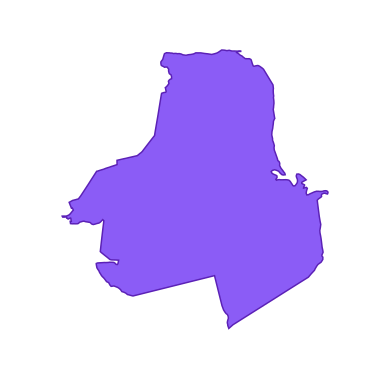 Santa María Xadani, Oaxaca, Mexico (Natural Earth projection), rotated 256°
{"feature_id": "50627088B75217483521688", "entity_name": "Santa María Xadani", "entity_type": "district", "adm_level": 2, "iso_a3": "MEX", "parent_name": "Mexico", "parent_adm1": "Oaxaca", "projection": "natural_earth1", "projection_center": [-95.02, 16.369], "detail": "fine", "context": "isolated", "style": "filled", "palette": "violet", "viewbox_px": 384, "rotation_deg": 256, "n_neighbors": 0, "source": "geoboundaries", "source_scale": "gbopen_adm2", "svg_char_len": 5487}
<svg xmlns="http://www.w3.org/2000/svg" viewBox="0 0 384 384"><g transform="rotate(256 192 192)"><path d="M83.8,287.9L86.4,291.9L87.7,292.9L88.7,293.9L90.3,295.5L91.3,296.8L92.6,300.2L93.7,301.4L94.9,302.6L97.1,303.2L98.1,302.7L99.3,302.7L101.8,304.6L104.0,304.8L107.0,304.9L110.1,305.3L113.3,305.7L116.1,306.0L118.9,306.2L121.3,306.3L123.8,306.7L124.2,306.9L126.6,308.0L129.4,309.1L132.4,309.2L137.6,309.6L153.7,311.5L154.7,313.0L155.2,314.3L155.6,315.5L156.2,316.6L157.3,316.7L158.4,317.2L158.7,318.4L158.9,319.6L158.6,320.9L157.9,321.7L157.3,323.0L158.4,323.8L159.5,323.8L160.5,323.0L161.0,321.7L161.2,320.3L161.1,318.9L161.3,317.5L161.6,316.2L162.1,314.9L162.4,313.6L162.6,313.1L162.5,310.6L162.0,307.8L161.6,305.5L161.2,304.4L161.4,302.7L163.2,302.5L164.3,302.9L165.4,303.4L167.7,304.8L168.8,304.1L168.8,302.9L168.8,301.2L169.9,301.6L170.8,302.6L171.7,302.9L172.5,302.0L173.7,300.6L174.8,300.8L175.2,302.0L176.2,305.7L177.7,304.8L179.4,303.7L181.0,302.4L182.8,301.0L183.7,299.8L184.0,298.0L182.3,297.0L180.7,297.0L179.0,297.3L177.4,297.1L176.0,296.6L174.9,295.7L173.2,293.6L173.2,292.3L173.9,291.4L175.1,291.1L176.6,290.5L178.5,289.9L180.0,288.9L180.5,288.0L181.2,286.2L181.5,284.8L181.8,283.4L182.4,280.9L183.0,279.5L183.1,278.0L183.0,276.8L184.0,276.4L185.1,277.7L185.9,278.2L187.4,278.2L188.2,277.2L189.7,275.2L191.2,274.0L192.7,273.8L193.5,275.3L193.6,277.6L192.4,279.5L191.2,281.1L189.4,281.9L187.8,282.9L187.0,283.5L186.4,284.7L186.2,286.6L187.7,286.6L189.0,286.0L191.3,285.1L193.5,284.1L196.5,283.4L198.7,284.1L200.6,283.8L201.7,282.9L203.8,282.9L205.8,282.7L210.2,282.3L212.7,282.0L215.1,282.3L217.1,283.1L220.1,283.0L222.7,282.7L224.4,283.1L228.1,283.2L231.2,284.2L234.0,285.6L236.1,286.4L238.6,287.4L241.0,288.2L242.2,289.1L243.5,290.2L243.9,290.1L252.4,290.8L254.6,291.7L255.3,291.9L256.7,292.4L258.3,293.0L260.8,293.5L264.0,293.9L265.4,294.5L267.4,294.7L268.7,294.9L271.4,295.5L272.6,296.0L276.3,296.5L293.8,291.1L295.4,290.0L297.7,288.0L298.6,286.9L298.9,286.1L299.0,284.4L299.0,282.7L299.5,281.9L301.9,281.6L303.7,281.5L305.8,281.4L306.6,281.0L307.5,279.8L307.8,278.4L308.5,275.9L310.8,274.1L312.0,273.3L313.0,272.0L314.7,270.8L316.5,269.1L316.9,270.2L317.0,271.2L316.6,273.3L317.0,273.4L317.2,273.0L317.5,271.8L317.7,270.0L318.2,268.4L318.7,266.7L319.2,264.7L320.5,262.4L320.7,260.0L321.6,258.2L322.2,256.5L322.6,255.1L321.9,253.2L321.2,251.3L320.8,249.6L320.7,247.5L320.7,244.4L322.1,241.1L323.5,237.4L324.9,234.1L325.5,231.5L326.1,229.4L325.6,227.0L325.7,224.4L326.1,221.6L326.1,219.3L327.3,216.4L328.5,214.9L329.4,213.1L329.7,211.3L330.3,210.1L330.6,209.0L330.8,207.6L331.6,206.2L331.9,205.0L332.4,204.0L332.8,202.5L333.3,200.9L332.9,198.8L331.7,198.0L329.5,196.7L328.1,195.9L327.5,195.4L327.1,194.9L325.9,193.4L324.8,193.0L323.2,192.8L322.5,192.8L321.6,193.4L320.8,194.5L319.7,195.5L319.6,197.0L319.0,198.3L317.9,198.6L316.9,199.1L315.7,198.7L314.6,198.5L312.4,198.6L311.8,199.0L311.0,199.9L309.1,200.1L306.9,199.6L306.7,198.2L306.1,196.9L305.2,195.9L304.4,195.9L302.8,195.8L302.0,194.9L300.9,193.5L300.1,192.2L299.7,191.3L298.5,191.4L297.3,191.2L296.1,191.4L295.1,190.6L295.3,189.3L295.3,188.2L295.1,186.4L293.9,185.8L288.8,183.6L275.5,177.9L260.7,171.4L255.8,169.3L253.1,165.8L243.9,154.2L243.6,154.0L243.1,153.1L242.5,152.1L242.0,150.8L241.1,149.0L240.5,147.6L240.9,126.9L236.7,125.9L235.8,113.8L235.5,111.9L235.4,109.5L235.3,107.9L235.1,105.1L235.2,104.6L234.8,104.1L228.5,97.4L224.6,93.3L220.9,89.3L215.0,82.9L212.8,80.1L212.7,76.6L212.7,74.5L212.7,74.0L212.4,73.0L212.0,71.5L211.7,70.3L208.4,70.7L208.2,70.7L207.9,70.8L207.2,70.9L206.0,71.0L205.4,71.1L205.4,71.6L205.4,72.0L203.2,72.5L201.6,70.3L200.3,68.6L199.5,67.1L199.3,66.1L199.1,64.9L199.1,63.8L199.8,61.3L200.0,60.2L199.6,60.2L199.4,60.3L198.9,60.5L198.7,61.4L198.5,62.2L198.4,63.0L198.3,64.0L197.0,64.1L197.0,64.3L196.9,64.5L196.7,64.7L196.6,64.8L195.8,65.1L195.7,65.2L195.7,65.4L195.8,65.6L195.9,66.0L196.0,66.5L196.1,66.9L196.1,67.3L196.1,67.7L195.7,67.6L195.6,68.0L193.8,67.9L192.7,67.8L193.0,66.7L191.8,66.6L191.3,66.5L191.1,66.5L190.7,66.5L190.5,67.1L190.1,68.1L189.8,69.6L189.3,71.3L189.0,72.6L188.9,73.6L188.9,73.8L189.1,74.2L189.1,74.4L189.3,74.7L189.5,75.1L189.8,75.6L189.9,76.2L189.9,76.9L189.9,77.7L190.0,78.3L189.9,79.0L189.9,79.7L189.8,80.2L189.1,81.2L188.4,82.8L187.9,84.0L187.5,84.9L187.2,85.5L186.9,85.9L186.6,86.1L186.1,86.4L185.5,86.7L185.1,87.1L184.6,87.8L184.3,88.5L184.3,88.8L184.3,90.1L184.4,91.8L184.4,94.3L184.9,95.7L185.9,97.3L186.8,98.7L185.4,99.5L178.1,96.7L164.5,91.6L156.4,88.6L155.1,89.4L153.4,90.7L151.8,91.9L150.5,92.9L149.6,93.6L148.7,94.3L147.7,95.0L146.4,96.0L145.7,97.2L145.2,98.9L144.8,100.4L144.2,102.4L143.9,103.4L143.6,104.3L140.5,102.9L139.7,102.1L140.1,100.9L141.7,100.0L142.6,99.1L143.1,97.6L143.8,95.0L143.9,93.8L144.4,91.2L144.8,89.9L145.1,88.1L146.0,83.2L145.8,81.8L144.7,81.6L143.4,81.5L141.5,81.4L139.8,81.9L138.0,82.6L137.1,82.7L136.1,82.9L134.1,83.6L132.9,83.9L131.5,84.6L130.1,85.5L128.0,86.5L126.9,86.9L125.6,87.5L124.9,88.4L124.2,89.2L122.7,89.6L121.5,89.9L120.0,90.7L119.7,93.5L118.6,95.1L117.4,96.8L116.2,97.9L114.6,99.0L112.3,99.9L111.3,101.6L110.0,103.2L108.1,104.6L107.4,106.0L106.1,108.2L105.4,109.6L105.4,193.6L97.7,193.6L93.5,193.6L92.2,193.6L85.0,193.6L76.6,193.6L74.6,193.6L70.0,194.1L67.8,194.8L65.9,195.6L64.5,196.7L62.9,197.0L60.8,196.8L59.0,195.7L57.4,194.9L56.5,194.6L54.7,194.6L53.6,194.4L52.1,194.6L50.7,194.7L53.3,199.7L75.5,266.9L78.2,275.1L81.2,284.3L83.8,287.9Z" fill="#8b5cf6" stroke="#5b21b6" stroke-width="1.5"/></g></svg>